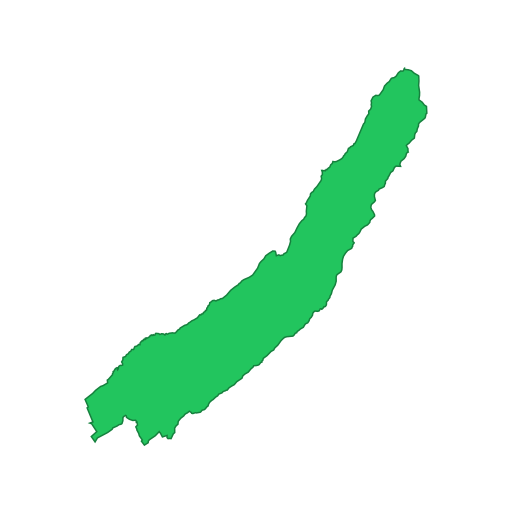 the district of Fitionesti, Vrancea, Romania, rotated 98°
{"feature_id": "2599482B51632245655784", "entity_name": "Fitionesti", "entity_type": "district", "adm_level": 2, "iso_a3": "ROU", "parent_name": "Romania", "parent_adm1": "Vrancea", "projection": "natural_earth1", "projection_center": [26.998, 46.013], "detail": "fine", "context": "isolated", "style": "filled", "palette": "green", "viewbox_px": 512, "rotation_deg": 98, "n_neighbors": 0, "source": "geoboundaries", "source_scale": "gbopen_adm2", "svg_char_len": 6111}
<svg xmlns="http://www.w3.org/2000/svg" viewBox="0 0 512 512"><g transform="rotate(98 256 256)"><path d="M414.8,398.6L421.8,405.3L428.5,401.2L428.9,401.1L429.8,402.1L430.1,402.0L443.0,394.4L444.6,397.3L445.0,395.4L452.1,389.2L457.7,394.0L462.5,389.5L458.2,387.7L451.4,378.3L447.7,374.4L446.1,373.8L443.7,369.9L442.1,368.2L441.4,366.3L440.6,365.4L437.7,364.9L434.4,365.3L433.1,364.4L432.0,363.0L432.4,362.2L433.8,361.8L435.3,358.7L436.0,355.1L435.4,352.4L435.6,351.9L437.3,351.4L437.0,350.8L440.0,349.8L441.8,351.2L442.2,351.1L444.1,349.8L444.8,349.8L448.1,347.4L450.3,346.5L454.0,343.0L455.3,343.7L458.8,340.2L455.9,336.8L454.5,336.9L452.9,336.1L448.0,330.7L443.4,327.4L444.2,326.8L444.3,326.3L448.2,323.5L446.1,319.1L448.2,318.8L449.1,317.7L448.7,316.0L448.7,314.7L443.5,313.1L442.2,311.9L437.7,312.6L435.2,311.4L433.5,309.9L430.9,310.0L430.0,309.7L427.1,307.9L424.4,305.3L422.8,304.5L421.4,303.0L421.0,302.2L419.0,300.4L420.0,298.3L420.7,297.8L420.8,296.6L419.6,294.2L419.7,293.2L418.5,289.5L417.9,288.9L416.2,287.9L415.4,285.9L414.4,284.9L412.4,283.8L411.2,282.6L409.4,282.4L407.4,281.6L405.2,279.8L404.1,278.5L401.3,276.3L399.8,274.5L398.0,273.7L396.2,270.6L395.1,270.0L394.1,268.5L393.7,267.5L393.1,266.9L392.8,265.8L390.3,264.4L388.2,262.0L386.4,259.6L383.2,257.6L379.0,252.9L376.4,252.3L374.2,250.3L372.1,247.5L368.5,245.3L366.5,243.5L365.0,243.0L364.5,240.7L363.8,238.8L363.1,237.8L360.8,236.5L360.3,235.4L359.1,235.5L358.5,234.8L356.3,234.5L353.2,231.3L348.4,227.8L346.6,225.4L344.4,224.6L341.4,222.1L336.3,219.4L333.8,217.5L332.5,216.2L331.6,214.2L330.2,208.3L328.7,207.1L327.1,206.5L326.3,205.0L325.0,204.7L323.7,203.2L322.2,202.0L320.0,199.2L316.8,197.9L316.1,197.3L315.0,195.5L312.9,194.5L310.5,194.0L309.1,192.8L306.8,191.8L304.7,191.8L302.8,190.6L302.3,189.8L302.2,187.2L301.5,185.8L299.4,185.0L299.2,184.0L299.6,183.6L299.4,183.2L298.6,182.5L296.7,181.6L296.8,181.1L296.2,180.2L294.6,179.5L291.5,179.8L289.7,178.4L288.7,178.2L286.9,177.1L285.4,177.1L282.9,176.1L279.2,175.7L273.6,173.6L269.8,173.1L265.7,173.7L264.3,173.6L263.1,173.1L259.9,169.7L257.9,169.1L255.5,169.2L251.5,169.8L247.1,169.8L244.0,169.3L240.7,167.8L237.8,166.0L235.4,162.7L234.6,162.1L233.8,162.1L232.8,161.6L231.4,161.8L229.6,160.7L229.1,160.7L228.2,162.1L224.8,162.4L222.5,159.6L220.6,158.4L220.0,157.7L218.6,156.8L214.7,155.5L211.4,152.4L209.7,149.9L206.9,148.0L205.5,148.0L204.0,147.5L202.8,146.3L199.9,144.1L198.6,144.4L195.5,146.5L194.2,147.9L191.9,149.1L189.5,149.0L188.7,148.7L185.8,146.2L184.4,145.5L180.7,147.0L178.6,147.3L177.3,147.1L175.7,146.2L173.9,143.9L172.6,143.4L170.6,140.2L169.3,138.7L166.9,138.4L166.4,138.0L163.8,138.2L161.0,136.3L159.3,136.1L158.5,135.6L154.6,134.3L152.7,132.3L149.0,131.2L147.5,129.8L147.1,125.3L145.1,126.4L142.0,125.7L139.0,122.9L136.4,121.6L133.5,121.3L132.4,120.5L131.9,119.7L131.4,120.0L128.5,120.5L125.8,122.5L124.6,121.8L123.1,120.2L119.7,118.0L117.2,115.6L113.6,115.7L111.9,115.3L110.3,114.1L107.6,114.0L104.8,113.2L102.4,113.4L100.7,112.3L96.1,108.0L94.8,107.6L91.8,107.5L90.9,106.7L84.1,108.0L83.1,110.3L80.6,112.8L78.8,116.2L77.7,116.5L74.4,116.4L71.0,116.8L64.5,118.7L60.1,119.0L55.1,119.9L54.7,120.4L53.0,124.7L50.9,127.9L50.4,131.1L50.5,134.1L50.1,135.0L49.5,135.1L49.7,135.3L51.2,135.5L52.3,136.1L52.6,136.9L52.6,138.5L54.7,140.5L58.5,142.3L60.2,144.1L60.8,146.0L61.4,146.8L64.7,148.3L66.6,150.2L69.8,152.4L73.7,153.2L79.6,156.3L80.2,157.9L80.2,159.7L82.4,162.3L86.3,163.6L88.3,162.9L90.3,163.0L91.5,162.4L93.8,162.7L94.9,163.1L96.8,164.6L99.5,164.1L101.6,165.3L105.0,166.7L108.2,166.8L109.4,167.2L110.3,167.9L128.3,172.7L131.0,173.8L131.1,174.5L131.4,174.7L133.0,175.0L134.7,177.6L135.9,178.3L136.5,179.4L140.1,180.1L142.2,181.9L143.6,182.3L144.9,183.3L146.0,183.5L147.6,184.6L149.2,186.5L151.3,189.6L151.8,191.4L151.7,193.0L153.7,193.3L155.3,194.7L157.7,195.3L159.1,196.8L160.5,197.6L160.5,198.5L161.9,199.2L161.7,199.8L162.2,200.6L162.0,202.0L162.1,202.8L163.7,202.0L166.2,201.6L167.9,202.6L170.2,201.8L172.1,202.0L178.7,205.3L181.6,207.4L184.2,208.3L185.4,209.8L187.0,210.7L189.1,210.6L193.5,212.7L196.8,213.7L197.5,214.2L199.2,212.6L204.6,212.4L207.1,211.9L209.2,212.0L211.2,213.3L213.0,213.9L214.6,215.5L217.9,217.5L222.6,219.3L227.4,220.8L231.5,223.5L234.4,224.4L236.8,223.8L240.7,224.3L248.0,226.1L249.1,227.4L249.7,228.5L251.4,229.5L251.8,231.2L252.3,232.1L251.7,233.5L252.9,235.9L249.4,237.1L248.5,237.9L248.8,239.2L248.6,239.9L251.3,243.2L254.4,246.4L257.8,247.8L260.6,250.1L262.8,251.5L267.8,252.7L275.4,256.7L278.1,259.8L281.0,264.6L282.6,266.5L284.8,267.8L285.6,268.9L286.9,269.5L289.7,272.7L293.5,276.3L298.9,279.7L302.8,283.4L303.1,284.8L304.6,286.8L305.0,288.1L305.5,288.5L306.1,289.5L305.7,291.4L306.2,292.4L306.2,292.8L307.6,294.0L308.7,295.3L309.3,295.2L311.3,295.6L311.9,296.5L313.3,296.7L314.6,297.5L316.1,297.3L316.8,297.8L316.9,298.5L318.0,298.6L319.3,300.2L319.7,300.1L320.6,300.5L321.1,302.0L322.1,302.4L322.1,303.6L325.3,305.4L327.8,308.4L329.1,310.5L331.1,312.5L331.7,313.4L332.6,313.9L333.7,315.0L334.5,316.9L337.9,321.1L339.1,321.5L340.0,322.9L343.4,325.1L343.4,325.5L343.8,326.2L343.7,327.9L344.6,331.2L345.8,332.9L345.3,334.1L345.9,334.8L346.9,335.2L346.7,335.8L346.1,336.6L346.1,338.6L347.1,340.3L346.4,341.4L346.5,344.2L346.7,344.7L348.3,345.1L348.6,345.9L348.3,346.5L348.9,346.8L349.2,347.8L348.6,348.0L348.7,348.4L349.5,349.7L350.6,350.0L352.1,351.8L352.5,352.4L352.3,353.2L352.8,354.2L353.1,354.2L353.5,353.6L353.9,353.8L354.3,354.4L353.8,354.8L353.9,355.2L354.6,355.9L355.5,356.0L355.7,356.8L356.1,356.9L356.2,357.4L356.8,357.8L358.1,358.6L360.0,358.6L359.9,359.8L362.0,361.7L362.4,363.2L363.1,363.6L365.4,364.1L365.7,364.3L365.8,366.0L366.1,366.2L367.6,366.7L368.9,368.2L370.5,368.8L371.8,370.5L373.7,371.2L374.9,373.6L377.4,373.4L379.6,374.3L381.2,373.1L382.6,372.9L383.1,373.9L383.2,375.2L384.3,376.4L385.7,376.8L386.7,376.7L388.0,377.2L387.6,377.5L386.7,377.1L385.9,377.6L385.9,378.1L387.1,379.6L387.5,379.5L388.4,380.2L389.6,380.5L390.3,381.4L391.3,381.1L392.5,381.7L393.5,381.6L398.7,385.0L399.6,386.0L402.3,385.2L405.7,389.5L406.8,391.7L411.4,396.2L414.8,398.6Z" fill="#22c55e" stroke="#15803d" stroke-width="1.5"/></g></svg>